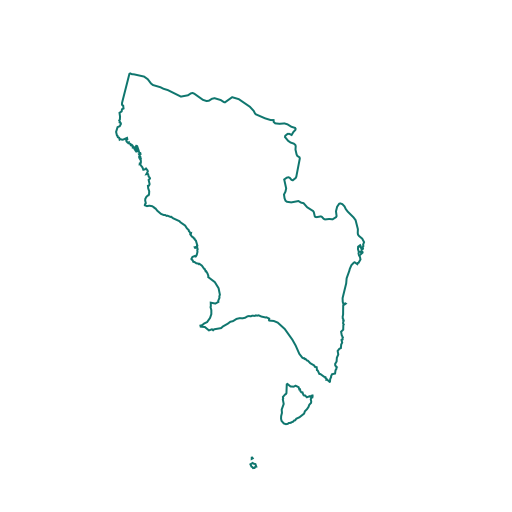 outline of Pedernales, Pedernales, Dominican Republic, rotated 347°
{"feature_id": "3306468B80072272336201", "entity_name": "Pedernales", "entity_type": "district", "adm_level": 2, "iso_a3": "DOM", "parent_name": "Dominican Republic", "parent_adm1": "Pedernales", "projection": "natural_earth1", "projection_center": [-71.521, 17.882], "detail": "fine", "context": "isolated", "style": "outline", "palette": "teal", "viewbox_px": 512, "rotation_deg": 347, "n_neighbors": 0, "source": "geoboundaries", "source_scale": "gbopen_adm2", "svg_char_len": 6128}
<svg xmlns="http://www.w3.org/2000/svg" viewBox="0 0 512 512"><g transform="rotate(347 256 256)"><path d="M317.9,146.1L320.3,143.6L322.7,142.0L323.2,141.0L322.9,140.0L319.5,138.0L316.3,134.8L313.5,133.2L308.7,132.5L304.6,131.1L303.4,129.4L303.7,127.5L300.8,126.8L295.8,123.9L287.7,117.9L287.1,116.9L286.4,114.1L283.6,109.2L274.5,99.3L268.5,95.9L260.3,99.3L259.3,98.8L256.7,96.1L251.1,92.9L248.4,92.9L245.1,94.1L242.7,93.9L239.4,91.9L232.4,84.0L230.9,82.9L229.1,82.9L225.9,84.1L218.7,83.8L207.4,74.5L203.4,72.2L200.9,70.1L194.0,66.2L192.5,64.3L190.3,59.4L187.3,56.0L178.1,51.6L175.9,50.9L174.5,49.8L173.6,50.1L160.0,76.5L159.5,78.1L159.6,78.8L160.4,79.6L160.1,82.5L158.4,82.9L157.6,84.9L155.2,85.8L154.9,89.5L154.1,92.3L153.2,93.2L153.6,94.6L153.2,95.2L154.1,96.0L154.1,96.9L152.4,98.9L150.1,99.3L147.6,103.6L147.6,107.3L148.1,107.7L148.1,109.2L149.3,110.0L149.3,111.9L150.1,111.6L151.8,112.6L152.8,112.7L156.9,111.9L156.9,113.3L155.6,113.9L155.6,115.2L156.4,116.6L157.6,116.6L157.3,117.6L158.9,118.5L158.9,119.9L159.3,120.3L160.1,119.9L160.4,120.3L160.9,121.7L160.4,122.2L160.1,123.6L160.4,122.6L161.6,122.6L162.1,123.6L161.6,124.2L162.1,125.6L163.6,123.2L163.6,122.2L164.1,121.7L164.9,122.2L165.3,125.9L164.1,125.5L164.1,126.3L163.6,126.3L163.3,127.3L165.3,127.3L165.6,129.2L166.4,129.6L166.4,130.6L164.9,130.6L165.6,133.3L164.4,133.3L164.4,133.9L164.9,133.9L165.6,135.3L164.9,135.7L165.3,136.6L165.0,138.6L164.5,139.6L163.6,139.6L163.3,140.4L163.6,140.4L165.3,144.2L165.6,146.6L167.3,146.6L168.5,146.0L169.6,148.3L169.6,149.3L167.6,151.6L169.0,151.6L169.3,152.0L169.3,154.4L170.1,155.9L170.1,156.7L168.5,157.7L168.5,162.0L167.6,163.3L166.5,163.3L166.2,165.7L166.5,169.0L165.7,171.7L165.0,172.7L164.2,172.7L162.5,173.7L161.0,175.4L160.5,177.0L160.5,179.7L159.4,180.7L159.1,181.6L161.0,182.9L163.4,183.0L166.0,184.1L167.6,185.7L167.9,186.6L168.7,186.9L170.0,189.7L172.9,193.6L175.3,195.3L176.8,195.7L177.9,196.8L178.8,196.8L181.5,198.7L182.2,198.7L183.6,200.5L189.3,204.9L189.9,206.1L193.8,210.4L194.9,213.5L196.3,215.7L196.2,216.7L196.7,217.3L197.1,219.3L197.8,219.2L197.5,219.9L196.9,220.2L197.2,221.0L198.0,222.8L199.2,223.9L199.3,224.8L200.0,225.2L200.1,226.3L200.9,227.5L201.2,232.7L200.8,232.8L200.6,234.0L200.7,236.3L200.1,237.0L199.9,238.8L198.5,241.6L197.3,242.9L196.8,242.9L196.5,242.2L193.9,242.6L192.4,244.3L192.4,244.8L193.3,245.9L193.6,247.6L194.7,248.0L196.2,249.7L198.0,250.4L198.5,251.1L199.1,250.9L201.1,253.2L202.6,256.9L203.1,257.2L203.5,259.6L204.0,259.6L204.8,262.1L205.1,264.7L204.7,265.8L210.0,272.2L212.3,279.0L212.1,285.6L211.2,287.1L211.0,288.5L209.1,291.2L209.0,292.3L205.7,293.2L201.4,291.3L200.7,294.8L200.2,295.5L200.3,298.7L199.4,302.6L197.3,306.0L193.5,309.4L190.3,310.1L187.9,311.3L186.2,311.3L186.2,312.4L190.2,313.7L193.4,317.9L196.6,317.5L197.5,318.7L198.7,318.0L205.8,318.4L207.9,317.2L213.3,315.6L216.2,314.3L218.9,314.3L222.9,312.9L226.1,312.9L228.9,313.7L231.6,313.7L234.0,312.9L235.5,312.9L237.4,313.6L238.9,313.3L241.4,314.1L242.5,313.8L243.7,314.4L245.2,314.4L247.6,316.2L251.6,318.1L252.4,318.1L254.8,320.0L254.2,321.4L254.4,321.9L258.7,323.3L262.2,325.8L267.6,333.6L272.6,345.7L274.5,352.2L276.2,361.1L278.3,365.6L279.3,366.4L279.8,366.3L280.4,367.4L281.1,367.4L282.0,369.1L283.1,369.8L284.8,372.7L288.1,375.8L288.4,377.2L290.1,378.0L289.7,380.9L290.4,381.5L291.2,385.2L292.2,385.5L295.3,389.1L296.4,389.7L296.3,390.7L297.0,391.3L296.7,392.5L297.6,392.6L299.4,395.2L299.8,395.1L300.6,392.6L302.0,390.8L302.1,390.0L303.5,388.3L306.6,388.3L307.8,385.2L309.0,384.0L309.3,382.6L309.7,382.4L308.6,380.6L308.8,379.0L310.8,376.9L311.9,373.3L314.0,370.5L314.2,366.9L316.3,365.2L318.0,364.8L319.1,361.4L320.5,359.8L320.4,357.1L321.6,356.8L321.8,355.4L322.3,355.0L321.7,352.4L321.9,348.9L324.4,347.4L325.5,343.1L326.1,342.5L325.7,341.3L326.1,339.9L326.9,338.9L326.5,338.2L326.9,337.4L326.5,336.4L326.8,334.6L327.7,332.6L329.8,323.9L330.2,323.2L331.1,323.3L332.7,322.6L332.3,322.2L330.7,322.7L330.3,322.2L330.2,320.1L330.9,316.5L337.7,303.0L339.3,298.1L343.6,291.4L344.4,289.8L346.9,286.4L349.8,284.5L350.7,284.3L352.9,286.7L353.6,285.7L354.4,285.7L357.0,282.9L357.1,280.4L356.5,278.5L356.5,276.4L357.1,275.4L356.9,272.2L357.6,269.9L359.9,268.9L360.2,270.0L359.6,270.7L360.4,271.7L360.2,272.6L360.5,273.3L361.6,273.2L361.9,272.9L361.8,271.5L362.8,270.6L363.0,268.9L364.4,266.8L363.4,263.0L360.9,259.7L360.2,258.1L360.3,256.5L361.3,252.8L361.1,243.5L359.7,240.3L355.3,233.3L354.0,230.4L353.4,227.6L351.8,224.9L349.9,223.7L348.8,223.8L346.1,226.3L344.0,230.4L343.5,235.2L342.8,236.1L338.9,237.5L335.7,236.4L331.5,235.9L330.3,235.0L329.0,232.7L328.1,232.0L323.9,231.8L322.6,231.3L322.2,230.5L322.2,226.3L321.8,225.1L316.8,220.0L314.2,215.2L312.0,214.2L309.7,212.0L302.4,211.7L298.3,210.1L297.2,208.8L296.8,206.2L297.1,202.4L299.2,199.9L300.6,196.9L300.7,187.8L303.6,186.6L305.4,186.6L306.5,187.5L307.7,189.8L308.9,190.5L312.2,188.9L313.1,187.8L320.6,170.9L320.6,169.7L318.8,167.8L318.4,166.3L318.4,161.2L319.4,157.9L319.3,156.6L318.1,155.0L315.2,153.2L313.2,151.0L311.0,146.6L311.6,145.4L314.3,144.1L316.0,144.5L317.9,146.1ZM257.8,387.7L257.1,388.0L254.8,396.5L254.0,397.3L253.5,397.3L250.5,399.4L250.4,401.1L249.9,401.6L249.7,406.4L246.5,411.4L246.0,414.7L244.5,417.6L243.8,420.2L243.8,422.4L245.4,425.4L247.3,426.6L249.2,426.7L250.3,426.1L252.4,426.4L252.9,426.0L254.6,425.9L256.1,424.9L257.2,424.9L258.7,423.6L262.1,422.9L267.4,420.4L268.7,418.3L271.1,416.8L273.1,415.0L274.5,412.9L276.6,411.5L277.1,410.1L277.1,408.0L278.1,406.5L279.1,406.5L279.7,405.1L279.7,404.6L278.5,404.6L277.7,405.3L277.1,405.3L276.7,404.7L273.8,405.1L272.4,402.9L271.5,402.8L270.9,401.9L270.6,399.3L269.6,399.1L268.9,397.8L268.9,395.8L268.2,395.8L268.0,393.4L265.4,391.3L263.3,391.8L260.3,390.9L257.8,387.7ZM206.2,456.9L203.7,457.7L204.2,460.2L205.2,461.1L205.4,462.0L206.9,462.2L207.8,461.3L208.9,461.3L208.6,458.6L206.7,457.7L206.2,456.9ZM359.7,275.0L358.7,275.3L359.3,276.5L358.8,277.7L360.6,276.7L360.6,275.6L359.7,275.0ZM200.1,233.7L198.3,233.7L198.5,234.4L199.8,234.5L200.2,234.1L200.1,233.7ZM206.9,451.5L206.5,451.5L206.2,452.7L207.3,452.4L206.9,451.5Z" fill="none" stroke="#0f766e" stroke-width="2"/></g></svg>